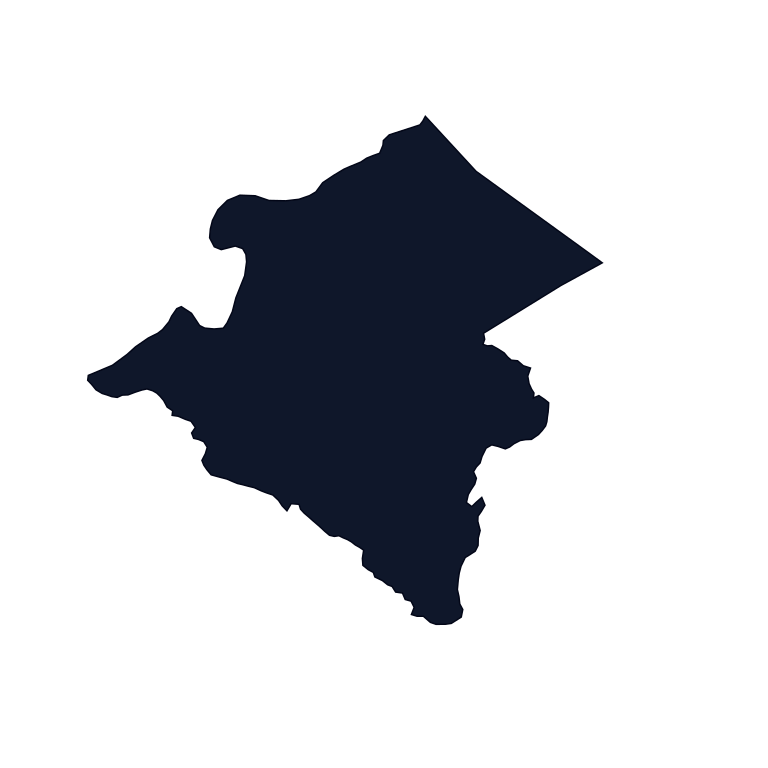 Barra de São Miguel, Paraíba, Brazil, rotated 148°
{"feature_id": "56859067B75587111505212", "entity_name": "Barra de São Miguel", "entity_type": "district", "adm_level": 2, "iso_a3": "BRA", "parent_name": "Brazil", "parent_adm1": "Paraíba", "projection": "mercator", "projection_center": [-36.253, -7.679], "detail": "fine", "context": "isolated", "style": "filled", "palette": "ink", "viewbox_px": 768, "rotation_deg": 148, "n_neighbors": 0, "source": "geoboundaries", "source_scale": "gbopen_adm2", "svg_char_len": 2691}
<svg xmlns="http://www.w3.org/2000/svg" viewBox="0 0 768 768"><g transform="rotate(148 384 384)"><path d="M628.0,525.3L624.6,521.4L621.5,517.5L617.3,514.0L611.9,513.3L606.8,510.4L599.3,508.9L592.5,507.2L587.6,505.4L583.7,500.8L581.5,496.7L580.4,492.3L579.6,486.8L580.1,479.3L577.4,473.3L580.3,469.7L575.7,465.8L571.1,459.2L567.4,454.7L567.0,447.1L573.1,444.4L574.2,438.8L570.8,435.4L567.4,430.6L567.4,424.0L572.5,419.5L578.9,415.7L579.8,410.6L579.6,405.2L578.7,398.6L573.1,392.5L567.7,386.8L563.6,380.9L560.9,377.2L557.3,373.6L553.4,369.4L548.9,364.8L544.7,358.4L541.3,353.9L537.1,348.8L535.1,341.2L534.9,334.6L533.5,327.9L526.2,331.7L519.8,327.0L521.1,322.1L520.1,316.7L518.6,312.0L516.5,304.9L514.8,299.5L513.5,295.1L512.3,290.5L510.4,284.6L506.9,281.1L502.6,279.2L500.2,275.3L497.4,271.4L495.3,267.4L493.6,262.7L491.2,258.3L489.3,253.9L494.8,247.5L498.0,241.4L495.7,234.8L492.9,229.9L494.0,225.2L489.5,218.1L487.3,211.8L484.4,208.0L484.4,201.4L479.1,196.9L480.2,190.0L476.1,185.5L476.8,178.6L482.9,174.0L479.1,169.6L473.7,166.2L471.0,157.3L467.3,152.7L459.4,147.8L453.8,145.3L442.0,145.4L436.7,151.0L436.3,157.3L433.1,164.0L430.7,170.8L424.8,178.6L420.3,183.9L415.2,188.7L407.1,193.8L400.9,193.8L395.2,193.9L389.8,197.2L385.7,203.4L380.1,208.8L377.2,217.9L374.3,222.1L369.1,224.3L362.6,227.7L361.2,236.0L368.5,234.8L374.5,233.5L376.9,239.8L371.1,245.6L366.0,248.3L360.1,251.0L355.6,255.1L354.6,262.2L349.7,264.7L344.4,266.1L339.3,270.6L331.4,275.5L324.9,275.3L320.3,270.6L315.5,264.7L310.8,264.0L305.5,264.5L298.5,263.9L293.4,261.8L288.3,258.9L279.8,259.3L274.4,260.8L269.2,262.8L265.9,265.7L262.8,269.6L259.8,273.1L256.9,277.0L254.3,280.8L256.0,285.8L258.8,292.1L264.7,293.0L261.6,296.9L261.6,301.5L260.8,307.4L257.9,314.5L251.3,319.9L256.2,325.7L258.4,332.9L263.5,336.8L264.9,341.5L265.6,346.6L268.8,353.4L272.2,359.5L276.2,361.6L279.1,365.2L274.9,368.6L272.7,374.3L181.8,373.8L134.7,371.1L142.0,389.3L193.2,515.5L207.1,589.1L211.8,586.4L216.3,584.7L247.5,592.5L255.5,590.8L258.4,587.0L265.4,582.0L272.2,583.5L279.0,584.7L286.1,584.5L297.9,586.5L304.1,587.4L315.7,587.6L329.3,587.2L340.0,583.0L347.3,583.2L358.2,585.7L370.2,591.4L384.3,600.6L393.5,611.9L406.2,620.5L411.3,621.3L419.5,622.7L432.4,619.8L442.8,613.6L449.1,607.5L454.4,600.4L455.2,590.3L450.8,584.2L437.0,579.8L432.1,573.7L432.4,567.1L435.8,560.4L444.7,549.7L456.4,541.1L463.9,535.6L474.4,525.6L484.8,518.9L490.7,516.5L498.9,520.7L506.4,526.4L509.4,531.3L509.8,546.0L514.9,557.0L519.8,557.7L528.1,554.1L533.4,550.7L543.0,547.5L549.2,546.9L554.1,547.4L559.6,547.9L575.0,547.2L586.2,545.2L604.4,543.8L630.2,548.0L633.3,544.2L632.2,538.9L631.3,531.7L628.0,525.3Z" fill="#0f172a" stroke="#020617" stroke-width="1.5"/></g></svg>